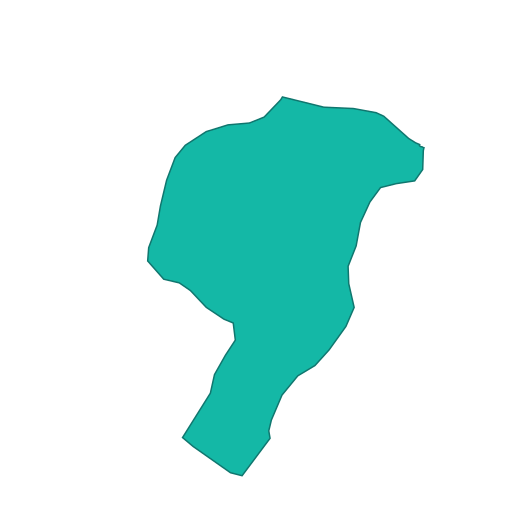 map outline of Al Marj (Natural Earth projection), rotated 38°
{"feature_id": "LBY-2981", "entity_name": "Al Marj", "entity_type": "Municipality", "adm_level": 1, "iso_a3": "LBY", "parent_name": "Libya", "parent_adm1": "", "projection": "natural_earth1", "projection_center": [21.128, 31.907], "detail": "fine", "context": "isolated", "style": "filled", "palette": "teal", "viewbox_px": 512, "rotation_deg": 38, "n_neighbors": 0, "source": "natural_earth", "source_scale": "10m", "svg_char_len": 863}
<svg xmlns="http://www.w3.org/2000/svg" viewBox="0 0 512 512"><g transform="rotate(38 256 256)"><path d="M178.9,114.4L217.8,97.0L242.0,79.8L262.5,69.1L270.6,67.2L304.0,69.4L311.9,68.6L316.4,67.4L316.8,68.4L318.2,68.5L319.7,67.7L321.4,67.5L321.7,67.3L323.0,70.0L334.1,85.2L334.8,99.1L321.9,112.7L312.0,125.4L312.5,143.3L317.7,165.3L328.7,186.4L334.9,207.4L346.1,220.7L365.0,236.1L370.2,256.1L371.4,285.0L369.9,305.9L362.7,324.7L362.1,349.6L369.1,375.8L373.7,385.9L379.3,391.0L380.3,437.7L369.3,442.5L323.8,444.8L309.9,444.3L304.5,392.2L296.3,375.0L293.0,353.0L291.5,335.0L279.3,322.8L269.7,325.5L248.5,327.1L225.6,323.6L212.1,324.4L197.6,331.1L173.7,326.6L166.3,315.5L159.1,292.5L149.9,275.4L138.9,251.3L131.7,228.2L132.1,212.3L140.2,188.6L153.2,169.9L168.9,155.3L176.9,141.5L179.3,117.7L178.9,114.4Z" fill="#14b8a6" stroke="#0f766e" stroke-width="1.5"/></g></svg>